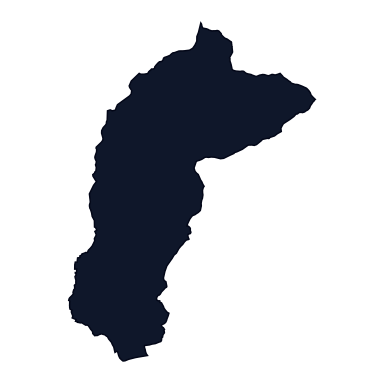 the district of Halmagel, Arad, Romania
{"feature_id": "2599482B92000052387360", "entity_name": "Halmagel", "entity_type": "district", "adm_level": 2, "iso_a3": "ROU", "parent_name": "Romania", "parent_adm1": "Arad", "projection": "robinson", "projection_center": [22.664, 46.307], "detail": "fine", "context": "isolated", "style": "filled", "palette": "ink", "viewbox_px": 384, "rotation_deg": 0, "n_neighbors": 0, "source": "geoboundaries", "source_scale": "gbopen_adm2", "svg_char_len": 5813}
<svg xmlns="http://www.w3.org/2000/svg" viewBox="0 0 384 384"><path d="M281.3,131.5L281.3,131.3L281.1,130.2L280.9,128.3L281.7,126.6L282.9,124.4L283.5,123.6L286.1,121.9L289.4,119.8L291.2,118.5L294.0,116.4L295.9,114.2L297.5,113.9L298.7,112.8L299.7,112.4L301.6,112.4L302.5,112.6L304.7,111.9L305.4,111.2L307.8,109.9L309.5,108.1L310.4,105.7L311.5,104.2L313.0,101.9L314.2,100.8L314.5,100.1L315.3,99.4L314.6,98.8L312.6,96.8L311.1,95.1L310.7,94.1L310.2,92.7L308.8,90.6L307.4,89.1L306.8,88.5L305.9,87.9L304.7,87.4L302.1,86.2L300.8,85.7L297.9,84.6L296.3,84.4L295.2,84.4L292.9,83.7L291.2,83.1L290.3,81.9L288.2,80.6L287.6,80.0L286.7,79.3L283.4,77.2L282.4,75.9L280.1,73.4L277.7,74.3L274.8,75.1L274.1,74.7L272.8,74.5L272.0,74.4L268.9,75.7L268.0,75.7L266.5,75.3L264.7,74.7L262.7,74.5L260.9,74.9L259.8,75.1L256.7,76.4L255.5,76.3L253.3,75.5L252.0,75.0L251.3,74.6L250.1,74.3L249.1,74.1L248.0,73.9L247.0,73.6L246.2,73.3L245.5,72.9L244.6,72.1L243.9,71.5L243.6,71.3L243.2,71.3L242.5,71.2L242.0,71.1L241.3,71.3L240.0,71.4L236.3,71.1L235.6,71.0L233.4,70.4L232.1,69.4L231.7,67.4L231.2,65.0L230.6,62.9L230.0,61.2L229.9,59.7L230.0,58.7L229.5,57.9L230.3,56.3L231.6,54.0L232.5,52.2L232.5,51.0L232.3,50.2L232.3,49.0L232.0,48.0L232.2,46.8L231.9,46.3L231.8,45.6L231.7,44.4L231.6,44.0L231.5,42.9L231.5,42.4L231.2,41.8L230.6,41.5L229.0,40.4L227.2,39.1L225.2,38.3L224.6,38.0L223.2,36.7L222.4,35.9L221.5,34.9L221.1,33.5L219.7,32.0L219.0,31.1L218.0,30.7L217.1,30.5L216.2,30.7L215.3,30.8L214.4,30.8L213.4,30.8L212.5,30.9L211.7,30.9L210.2,30.4L209.2,30.1L208.3,29.5L207.4,29.2L206.9,28.9L204.4,28.4L203.5,28.3L202.8,28.0L202.6,27.5L202.2,27.0L201.7,25.3L201.6,24.6L201.5,24.1L200.8,23.0L198.5,32.4L196.9,36.5L196.8,41.2L194.9,45.2L192.7,48.3L189.5,50.2L183.8,50.9L179.0,51.0L174.6,52.6L172.8,52.9L171.2,54.1L170.1,55.3L167.3,56.5L164.6,57.4L163.6,58.1L163.1,59.8L161.9,61.4L159.4,61.8L158.0,63.0L156.2,65.0L155.6,65.8L154.8,66.8L154.5,68.3L153.4,69.0L151.5,69.0L150.5,70.2L149.7,70.8L148.7,71.8L147.7,73.6L144.1,74.2L140.7,74.2L139.2,73.4L131.3,81.0L129.2,85.9L129.7,87.5L131.7,90.5L131.2,94.0L129.6,95.9L117.5,104.7L116.3,107.4L115.6,109.5L115.0,110.3L112.2,110.8L110.2,109.9L107.5,110.8L107.2,120.1L106.4,122.1L106.5,123.3L105.7,124.9L103.2,127.6L101.7,130.6L101.6,133.2L103.0,138.2L102.8,140.2L101.5,142.1L96.2,147.2L96.1,148.3L96.7,149.4L96.5,152.1L95.8,154.0L95.0,156.4L94.9,157.7L95.3,159.1L96.4,161.5L96.0,163.7L95.5,164.8L96.3,167.4L95.9,171.0L94.8,172.1L94.5,173.2L92.8,174.6L93.0,176.2L94.3,178.3L95.7,180.6L96.6,181.3L93.6,185.3L89.4,193.9L90.1,199.9L90.3,202.1L89.5,204.9L89.5,206.2L89.9,208.3L90.5,209.3L91.6,212.8L92.2,216.4L94.4,220.5L94.5,227.0L95.6,227.6L96.7,230.0L96.8,230.2L94.9,231.4L95.1,231.9L96.3,234.9L94.4,238.6L94.7,240.9L92.2,246.0L90.4,248.2L88.4,250.2L87.9,251.3L87.7,252.3L87.3,252.6L85.7,252.5L84.7,253.0L83.6,253.4L82.0,253.9L81.5,255.1L79.8,256.0L80.1,257.2L80.1,257.5L77.6,257.9L77.1,262.2L75.3,262.1L74.8,264.7L74.7,269.1L76.7,269.1L76.5,272.8L75.3,272.6L75.3,273.2L76.0,273.4L75.9,275.4L75.6,275.7L75.0,276.5L75.2,277.7L75.9,280.2L75.8,282.5L76.0,283.8L74.4,285.3L74.6,286.5L74.7,288.7L73.8,289.7L73.2,291.6L73.0,292.6L73.2,293.3L73.5,293.7L73.3,293.9L73.1,294.1L72.7,294.7L72.6,294.8L71.6,295.9L70.0,297.5L69.6,297.9L69.1,298.8L68.7,300.4L69.8,301.1L69.7,302.2L69.6,305.7L69.7,306.5L69.7,307.7L70.1,309.2L70.4,309.2L71.0,309.8L72.1,310.3L71.3,311.9L72.3,314.8L72.9,315.9L72.2,317.9L76.1,319.6L75.5,321.3L77.5,321.7L77.4,322.3L78.8,322.5L80.0,322.8L81.1,322.9L81.7,322.5L83.1,323.6L85.6,325.1L86.0,325.2L86.8,325.0L87.8,325.3L88.4,325.8L89.4,327.3L90.6,329.2L91.9,330.7L92.6,331.7L92.7,333.0L92.8,333.6L94.2,335.1L94.7,335.7L95.9,335.5L96.5,335.5L97.1,335.5L97.7,335.4L98.3,335.0L98.9,334.7L99.9,334.3L100.7,334.1L101.0,333.9L101.7,333.9L102.3,334.1L103.1,334.4L104.2,334.6L105.1,335.0L106.4,336.1L107.5,336.7L108.2,338.0L108.5,338.7L109.0,339.4L109.7,340.2L111.0,341.8L111.7,342.6L111.9,343.5L112.5,344.8L113.4,346.3L113.8,347.1L114.8,351.7L115.0,352.4L116.7,351.3L117.6,351.7L118.7,355.7L119.8,358.1L121.6,359.9L123.0,361.0L125.0,360.8L128.6,359.3L135.2,357.6L137.3,357.2L147.5,355.5L146.3,353.8L145.6,351.9L145.1,349.4L144.4,347.2L144.5,345.5L149.4,344.9L152.0,344.1L155.3,343.6L159.3,342.0L160.7,341.6L161.4,340.7L161.8,337.3L162.5,337.2L163.0,334.7L164.4,332.8L164.3,331.9L164.2,331.0L163.7,330.5L164.5,329.5L163.3,327.6L162.6,327.4L161.5,326.0L161.4,325.5L161.6,324.9L164.2,323.6L165.6,322.4L166.5,320.6L166.9,319.1L167.3,318.0L168.2,315.7L168.9,313.2L167.2,312.3L165.2,309.9L164.0,308.2L163.4,306.4L162.2,304.2L161.5,302.9L160.9,302.6L160.1,302.5L159.9,301.5L159.7,300.8L158.5,300.9L156.9,300.1L156.6,299.7L156.6,298.0L157.1,296.8L158.0,295.5L158.3,295.2L159.2,295.1L160.2,294.2L161.5,291.9L164.0,289.3L165.2,287.9L166.5,287.2L166.8,286.4L165.9,281.7L164.1,280.5L163.4,278.1L164.4,273.6L164.9,271.4L166.8,266.0L168.5,263.5L172.1,258.4L174.1,255.0L176.3,253.2L178.9,248.5L180.9,246.1L182.7,244.4L184.5,241.8L186.4,240.0L188.5,239.5L189.0,239.1L188.5,238.2L187.8,235.8L188.1,234.3L190.4,233.5L190.9,232.2L190.3,230.5L190.3,228.3L189.4,227.1L187.9,226.0L186.9,225.9L187.8,223.3L189.7,219.3L191.0,217.4L192.5,215.6L194.9,214.7L196.4,213.6L198.2,212.5L200.3,210.5L201.3,205.8L201.1,203.3L201.7,200.1L202.4,198.4L202.9,194.9L202.6,192.9L202.5,190.2L203.3,187.5L204.1,186.3L202.9,184.4L201.7,181.6L200.7,180.2L198.2,174.5L196.5,173.1L195.0,171.3L194.0,168.0L195.1,164.8L196.1,161.8L197.3,160.8L199.2,160.4L201.8,159.3L205.0,157.3L206.5,157.1L207.8,157.3L208.5,157.4L211.1,157.0L214.5,157.2L220.5,158.7L223.7,158.3L229.8,155.3L234.0,153.4L234.4,152.6L236.9,151.8L240.1,150.3L242.3,149.3L245.8,146.8L248.2,145.1L251.9,145.0L254.3,145.4L256.5,144.6L261.4,140.6L262.4,139.4L267.4,138.3L268.5,138.5L269.1,138.4L270.0,137.4L274.5,135.9L277.5,133.6L281.3,131.5Z" fill="#0f172a" stroke="#020617" stroke-width="1.5"/></svg>